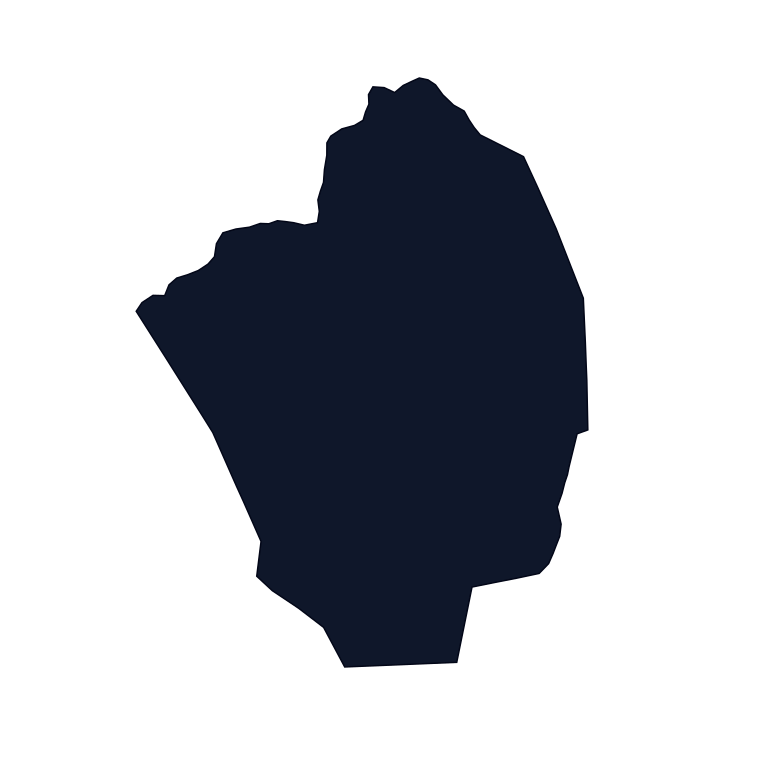 the district of Barreira, Ceará, Brazil, rotated 163°
{"feature_id": "56859067B94020950784274", "entity_name": "Barreira", "entity_type": "district", "adm_level": 2, "iso_a3": "BRA", "parent_name": "Brazil", "parent_adm1": "Ceará", "projection": "natural_earth1", "projection_center": [-38.623, -4.321], "detail": "fine", "context": "isolated", "style": "filled", "palette": "ink", "viewbox_px": 768, "rotation_deg": 163, "n_neighbors": 0, "source": "geoboundaries", "source_scale": "gbopen_adm2", "svg_char_len": 1202}
<svg xmlns="http://www.w3.org/2000/svg" viewBox="0 0 768 768"><g transform="rotate(163 384 384)"><path d="M202.5,280.5L189.0,328.1L185.3,342.3L179.3,364.9L168.3,407.8L174.0,482.2L179.6,527.5L184.1,560.6L219.2,594.1L222.8,602.9L225.4,611.6L227.5,621.5L236.0,630.4L243.2,643.3L247.3,655.0L253.0,662.0L260.8,666.3L268.6,665.3L278.3,663.9L288.6,659.6L297.2,667.4L307.7,671.4L314.2,665.3L316.6,656.0L322.0,649.7L326.9,642.3L336.6,639.9L349.8,640.3L362.4,636.6L368.1,631.3L371.8,619.5L378.3,606.4L382.9,594.5L388.5,586.9L393.4,579.4L395.4,568.0L400.4,557.7L413.7,559.1L423.3,564.7L430.9,568.2L438.2,571.3L447.3,570.9L455.4,573.7L466.8,573.3L480.3,575.5L493.8,575.7L503.2,567.2L508.9,555.3L517.3,550.1L528.5,546.8L540.2,545.9L551.2,545.9L560.6,541.7L567.9,532.6L579.0,536.3L591.6,532.6L599.7,526.0L584.7,471.7L566.8,406.0L561.9,387.6L554.9,329.1L552.8,313.0L547.6,269.4L561.9,237.4L551.2,219.0L531.2,194.5L512.9,168.9L504.3,124.9L454.6,111.9L395.8,96.6L359.2,164.1L336.8,161.9L313.7,159.5L291.0,157.5L279.1,164.1L271.8,172.6L266.9,178.9L260.5,187.0L255.6,198.2L254.3,215.7L245.7,227.4L240.0,236.8L235.1,243.6L231.1,251.0L213.9,279.9L202.5,280.5Z" fill="#0f172a" stroke="#020617" stroke-width="1.5"/></g></svg>